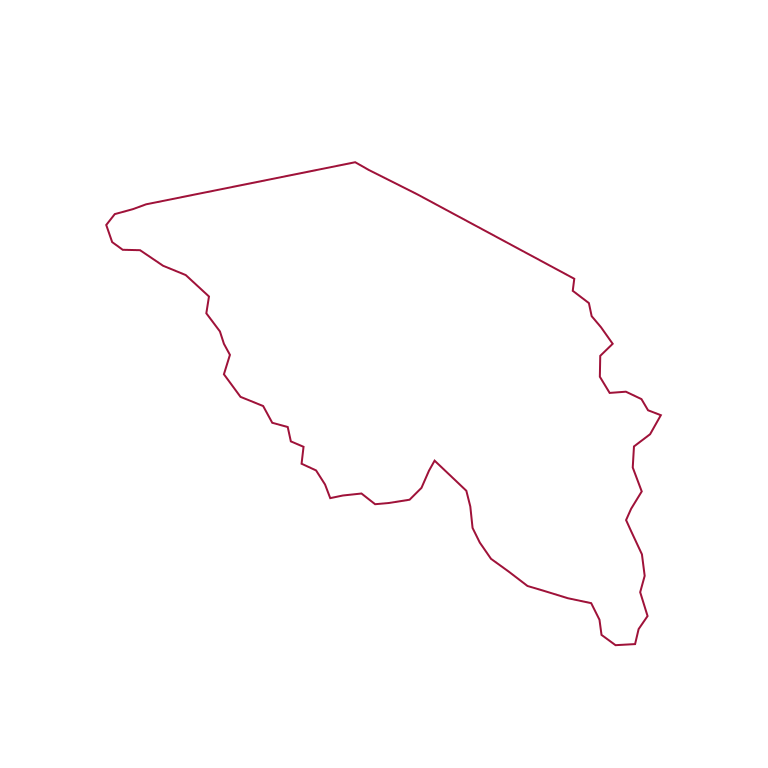 Condado, Pernambuco, Brazil (Natural Earth projection), rotated 101°
{"feature_id": "56859067B41671423367831", "entity_name": "Condado", "entity_type": "district", "adm_level": 2, "iso_a3": "BRA", "parent_name": "Brazil", "parent_adm1": "Pernambuco", "projection": "natural_earth1", "projection_center": [-35.084, -7.604], "detail": "fine", "context": "isolated", "style": "outline", "palette": "rose", "viewbox_px": 768, "rotation_deg": 101, "n_neighbors": 0, "source": "geoboundaries", "source_scale": "gbopen_adm2", "svg_char_len": 1072}
<svg xmlns="http://www.w3.org/2000/svg" viewBox="0 0 768 768"><g transform="rotate(101 384 384)"><path d="M253.0,651.8L260.3,663.9L268.6,680.7L280.9,687.0L296.6,677.9L302.1,666.1L299.2,649.0L310.1,623.4L314.9,599.4L331.5,572.5L348.5,571.9L363.7,555.1L375.1,548.8L384.8,540.8L405.0,543.0L424.0,522.4L428.7,498.4L443.4,486.3L444.6,470.3L458.1,464.5L461.0,451.0L478.0,449.7L481.8,434.2L493.9,422.7L506.3,415.0L501.3,403.1L495.8,385.2L503.7,369.8L499.9,356.6L492.7,336.8L478.8,327.4L460.5,323.3L449.6,319.7L473.1,282.8L487.8,275.9L508.4,269.6L521.4,259.7L535.2,245.6L544.5,225.5L554.9,204.6L556.6,187.0L559.2,162.8L559.6,138.8L574.3,127.5L588.8,122.6L596.2,106.9L591.4,87.9L576.0,87.3L561.5,81.0L539.5,92.8L522.6,91.5L502.0,98.3L481.1,113.5L471.4,120.4L459.3,117.6L440.3,110.5L418.5,123.9L397.6,126.7L382.5,113.2L361.8,106.3L359.4,119.8L349.7,128.4L345.4,145.1L349.7,160.8L335.7,173.5L315.1,177.1L300.9,167.2L286.9,181.8L277.8,193.1L265.5,198.3L256.5,216.5L244.4,217.3L191.5,387.4L176.8,439.8L171.8,454.6L253.0,651.8Z" fill="none" stroke="#9f1239" stroke-width="2"/></g></svg>